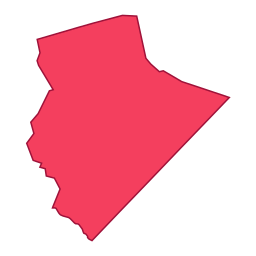 the district of Edgefield, South Carolina, United States of America
{"feature_id": "52423323B30535713106767", "entity_name": "Edgefield", "entity_type": "district", "adm_level": 2, "iso_a3": "USA", "parent_name": "United States of America", "parent_adm1": "South Carolina", "projection": "equal_earth", "projection_center": [-82.027, 33.754], "detail": "fine", "context": "isolated", "style": "filled", "palette": "rose", "viewbox_px": 256, "rotation_deg": 0, "n_neighbors": 0, "source": "geoboundaries", "source_scale": "gbopen_adm2", "svg_char_len": 755}
<svg xmlns="http://www.w3.org/2000/svg" viewBox="0 0 256 256"><path d="M93.4,23.1L78.6,27.3L37.2,39.4L40.0,52.8L37.1,60.7L38.6,65.4L53.2,89.7L49.4,90.8L38.1,113.7L30.8,122.2L33.9,133.5L26.7,143.3L33.2,160.4L41.6,163.2L39.9,167.2L45.2,168.7L46.3,176.0L54.4,178.1L60.1,189.0L53.2,206.0L52.5,207.9L54.8,207.9L56.0,208.3L58.8,213.0L59.8,214.2L60.6,214.9L63.1,216.0L68.6,217.5L70.2,218.6L74.5,223.0L75.3,223.5L75.6,223.7L77.8,223.9L78.9,224.5L82.3,229.1L83.2,231.9L83.9,233.3L85.8,234.0L87.6,236.2L87.6,237.6L89.0,239.1L92.0,240.6L119.2,212.1L121.9,209.3L149.8,180.3L181.0,147.7L205.0,122.8L229.3,97.5L202.8,88.6L181.7,81.6L163.3,70.8L159.3,71.7L150.7,64.0L145.9,58.3L136.7,16.1L122.4,15.4L93.4,23.1Z" fill="#f43f5e" stroke="#9f1239" stroke-width="1.5"/></svg>